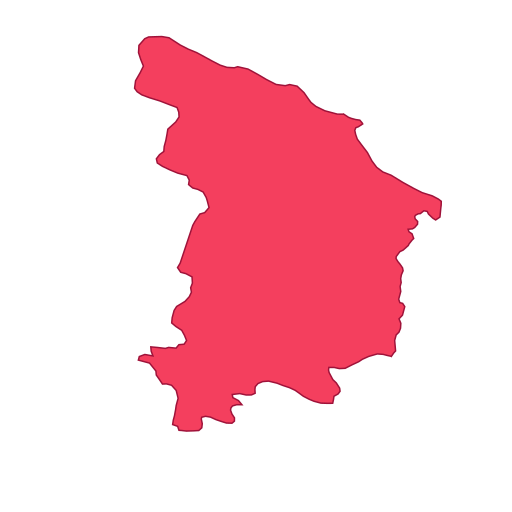 Dobrush, Gomel, Belarus, rotated 195°
{"feature_id": "67162791B17030122378697", "entity_name": "Dobrush", "entity_type": "district", "adm_level": 2, "iso_a3": "BLR", "parent_name": "Belarus", "parent_adm1": "Gomel", "projection": "robinson", "projection_center": [31.465, 52.377], "detail": "fine", "context": "isolated", "style": "filled", "palette": "rose", "viewbox_px": 512, "rotation_deg": 195, "n_neighbors": 0, "source": "geoboundaries", "source_scale": "gbopen_adm2", "svg_char_len": 3270}
<svg xmlns="http://www.w3.org/2000/svg" viewBox="0 0 512 512"><g transform="rotate(195 256 256)"><path d="M99.3,194.0L97.8,198.2L96.6,200.4L98.0,204.3L100.2,210.3L100.2,216.0L98.2,219.4L97.7,223.6L98.7,228.5L101.6,232.3L99.2,236.8L99.2,241.8L99.2,245.6L102.1,248.2L105.0,248.2L107.0,251.2L107.0,254.7L107.0,259.2L108.9,263.8L108.9,267.9L110.4,271.6L110.7,275.5L110.1,279.8L111.4,282.5L114.8,285.4L117.6,287.4L120.1,289.8L120.4,291.8L118.2,297.4L115.4,299.8L111.6,305.6L111.3,307.3L109.4,311.7L108.2,313.7L111.0,317.8L114.5,319.0L116.0,321.2L111.9,322.7L110.1,324.6L108.2,328.5L108.8,331.2L111.9,333.1L112.9,335.1L112.5,336.6L110.3,338.7L108.2,339.5L105.6,343.1L102.2,343.4L100.3,341.2L95.0,338.3L91.8,337.3L88.4,341.2L89.0,344.8L89.9,350.2L90.3,353.1L91.2,356.8L94.6,358.2L101.2,359.7L111.9,360.2L121.0,362.1L133.2,365.1L146.4,369.0L155.2,370.0L162.4,372.9L168.6,377.8L175.2,384.8L183.1,390.9L188.4,395.1L191.2,399.2L193.1,402.9L192.8,405.8L190.6,407.3L187.1,411.2L188.1,412.2L190.9,414.1L195.0,413.6L199.4,413.6L202.5,413.9L208.2,415.8L208.3,415.6L214.1,414.1L219.9,414.1L227.2,414.1L236.9,416.0L242.7,418.6L246.1,421.3L251.9,426.2L260.2,430.7L267.9,430.3L271.8,428.1L281.0,426.9L291.7,429.2L301.4,431.9L312.1,434.5L322.7,434.1L325.7,432.2L332.9,430.7L340.2,431.1L348.9,433.0L356.7,434.9L365.9,437.1L375.1,438.3L383.9,440.2L396.5,444.3L403.8,443.6L416.4,439.8L419.7,437.1L423.6,429.2L422.1,422.0L418.2,416.0L413.9,410.3L415.3,403.2L417.7,394.1L416.7,386.6L413.3,383.9L408.0,382.1L399.8,381.3L389.1,380.9L378.9,379.8L370.7,379.0L367.8,374.9L366.3,370.4L368.2,364.7L374.0,355.7L373.5,350.8L373.0,344.4L373.0,338.0L372.1,333.1L375.4,329.0L377.4,324.1L375.4,320.3L369.6,318.4L361.4,316.9L353.1,315.8L347.8,315.8L343.5,315.8L340.1,312.0L339.6,307.5L334.7,305.3L329.4,305.3L323.6,304.1L319.2,299.6L317.3,296.6L313.9,290.6L316.8,284.6L321.1,282.0L324.0,273.3L325.0,269.2L327.4,229.4L328.8,224.5L324.5,220.8L319.1,220.8L312.4,219.3L310.4,213.3L310.9,208.4L309.0,204.3L309.9,199.4L312.8,193.8L319.6,186.7L321.0,182.2L321.0,174.7L320.1,169.5L315.2,167.2L308.5,165.0L304.6,160.9L301.2,156.4L302.6,152.2L307.5,150.4L309.4,146.3L316.7,145.1L319.6,143.3L327.8,142.1L334.1,141.0L332.6,136.9L329.7,132.8L337.9,132.1L342.7,128.7L342.7,125.0L337.9,125.0L331.1,125.0L322.9,119.0L321.5,115.2L317.1,111.5L313.2,108.1L309.4,109.3L304.1,109.3L298.3,105.5L294.4,98.4L294.4,91.0L293.9,86.9L293.4,80.5L293.4,76.0L292.9,71.6L287.6,71.2L285.3,67.7L282.7,68.2L277.9,68.9L271.3,70.9L266.1,72.6L263.9,76.0L264.5,80.1L266.7,84.5L266.7,86.2L263.3,88.1L258.3,88.6L252.3,87.6L246.3,87.2L241.3,87.0L235.9,88.3L234.1,90.9L234.9,94.1L238.3,97.1L240.7,100.5L240.9,102.8L239.9,105.1L236.1,107.4L231.1,108.7L235.5,111.8L241.7,113.2L243.1,116.1L236.1,118.9L229.5,119.2L224.5,120.6L221.3,123.2L222.5,126.8L222.9,129.6L221.1,133.3L217.1,136.4L211.5,138.4L202.7,138.6L196.5,137.9L189.6,137.5L183.4,136.4L178.8,134.7L174.0,132.8L167.6,131.4L162.4,130.7L155.2,130.7L148.8,132.2L143.8,133.6L144.0,137.5L144.4,140.7L141.0,144.0L139.8,147.1L141.0,150.0L145.6,154.2L149.8,156.5L155.2,162.3L156.4,164.6L156.8,167.2L151.6,168.6L146.4,168.8L140.8,170.6L134.9,175.9L129.5,180.4L126.5,183.8L121.1,188.2L113.5,192.8L107.7,193.9L103.9,193.9L99.5,194.1L99.3,194.0Z" fill="#f43f5e" stroke="#9f1239" stroke-width="1.5"/></g></svg>